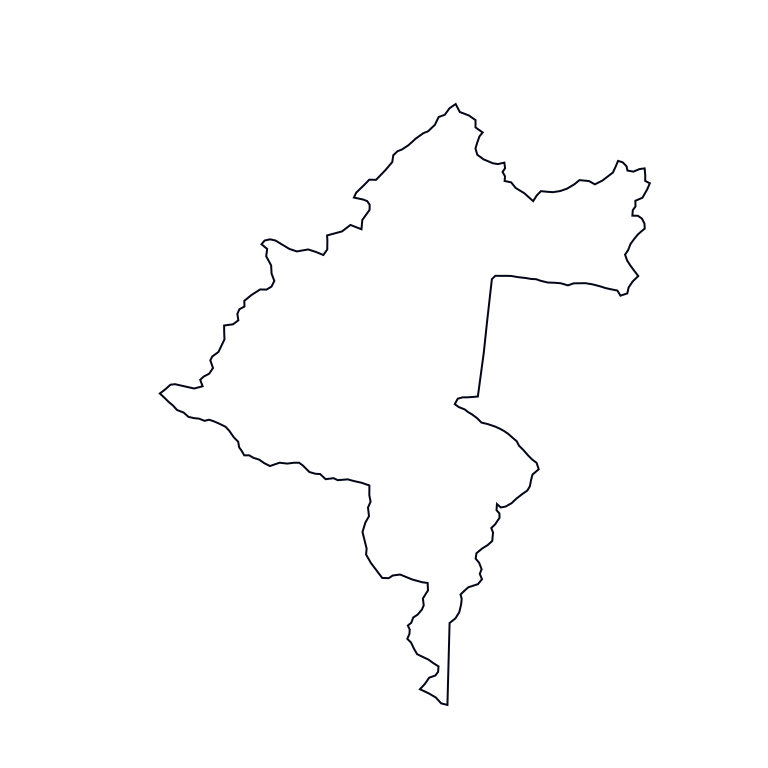 outline of Conceição, Paraíba, Brazil, rotated 17°
{"feature_id": "56859067B61487364475806", "entity_name": "Conceição", "entity_type": "district", "adm_level": 2, "iso_a3": "BRA", "parent_name": "Brazil", "parent_adm1": "Paraíba", "projection": "orthographic", "projection_center": [-38.514, -7.528], "detail": "fine", "context": "isolated", "style": "outline", "palette": "ink", "viewbox_px": 768, "rotation_deg": 17, "n_neighbors": 0, "source": "geoboundaries", "source_scale": "gbopen_adm2", "svg_char_len": 3836}
<svg xmlns="http://www.w3.org/2000/svg" viewBox="0 0 768 768"><g transform="rotate(17 384 384)"><path d="M172.4,458.6L179.0,461.8L183.1,464.0L188.5,466.3L193.8,469.4L200.8,469.9L206.6,472.6L212.2,472.2L217.3,471.2L223.1,471.7L227.2,469.3L231.7,469.4L237.3,470.0L244.9,471.2L249.6,473.9L256.1,479.0L261.4,481.8L264.0,486.9L267.5,489.6L271.2,493.1L275.9,491.6L280.8,492.8L286.6,492.8L292.6,494.7L298.9,495.8L307.2,489.8L314.7,488.4L321.0,485.6L325.8,484.1L330.3,485.7L338.4,490.0L344.6,489.9L349.3,488.8L356.0,492.1L363.3,488.8L367.9,489.5L377.2,485.8L383.7,485.6L391.3,485.0L399.7,485.3L402.5,494.7L405.6,500.5L404.8,506.8L408.3,514.8L406.7,521.9L406.7,531.8L415.5,546.5L416.7,552.3L423.7,558.9L439.0,570.0L445.3,568.3L448.3,564.6L455.1,561.5L468.3,562.7L478.6,562.4L483.9,561.5L486.4,568.5L483.9,577.7L486.7,584.0L486.2,588.7L483.6,594.7L480.2,598.8L479.9,604.4L477.4,608.0L480.4,611.3L481.4,615.5L480.8,620.9L485.5,623.4L490.0,628.3L494.6,632.7L501.8,633.8L506.9,634.5L513.1,636.6L518.7,638.1L519.9,643.5L518.3,647.8L513.1,651.6L510.8,658.8L507.6,665.4L517.4,666.8L525.3,668.7L532.0,672.7L538.5,672.4L516.6,593.4L520.8,587.3L522.7,580.3L522.2,572.1L521.1,566.7L518.7,562.9L521.5,558.0L524.1,553.7L532.4,547.9L534.8,542.0L531.1,537.6L531.5,532.6L527.3,527.2L522.7,524.2L521.9,518.8L526.2,512.3L530.1,507.9L533.4,502.5L531.7,494.1L528.7,490.4L531.3,485.7L533.6,478.2L532.2,474.0L528.5,471.8L527.1,465.8L531.8,467.9L536.2,465.6L540.9,460.6L544.3,454.6L548.8,448.3L552.2,444.0L553.4,439.1L552.7,432.6L552.5,427.2L556.9,420.3L552.9,414.7L548.0,413.0L542.9,410.3L536.4,406.3L531.1,403.5L527.6,399.9L522.7,397.8L517.2,395.3L512.3,393.8L508.0,392.9L502.5,392.2L494.8,392.0L488.5,392.4L482.9,389.4L476.9,387.3L472.7,386.3L468.6,384.7L462.3,384.2L457.6,382.6L458.8,376.5L463.2,373.7L467.8,372.3L472.8,370.4L477.4,368.5L470.2,324.5L464.6,295.6L456.5,252.2L458.8,248.0L464.2,246.4L469.0,244.9L474.0,243.5L481.1,242.6L488.6,241.2L494.2,240.5L498.8,239.3L503.4,239.5L510.8,239.1L517.2,237.4L523.4,236.0L531.1,235.9L535.9,232.3L541.8,230.4L547.2,228.7L553.6,227.8L562.0,227.4L567.6,227.5L572.7,227.1L579.9,226.4L584.3,230.4L590.2,226.2L589.7,220.1L591.8,213.3L595.6,206.4L590.1,202.5L585.1,198.8L580.4,194.8L576.7,189.8L578.3,184.7L578.8,178.1L580.9,172.0L583.0,166.9L585.3,163.1L587.9,159.1L586.1,154.3L582.3,150.4L577.6,148.9L572.3,150.4L571.1,145.0L572.6,140.7L570.8,135.3L576.7,130.3L578.8,120.9L579.5,114.3L574.4,113.4L572.9,108.2L570.2,101.6L565.6,103.7L560.4,108.0L554.4,108.7L552.3,104.9L547.4,102.2L542.6,102.2L542.0,108.2L541.1,114.8L533.4,125.6L527.3,131.4L520.6,130.0L511.3,131.9L507.7,137.3L501.9,143.7L496.0,148.0L489.6,151.1L484.6,152.3L477.7,153.7L474.9,159.1L473.2,165.5L462.3,160.5L452.5,158.0L446.7,154.0L440.0,154.6L439.0,150.0L435.4,146.5L436.7,142.3L434.4,137.1L428.6,140.4L423.4,141.1L419.1,140.6L413.6,140.1L406.2,137.5L402.6,132.0L402.6,125.8L402.9,119.3L404.8,114.6L396.5,111.9L394.4,104.9L386.7,102.4L376.9,101.7L370.7,95.3L366.0,101.2L363.4,108.8L358.2,112.7L356.9,121.2L352.3,129.4L348.3,132.6L342.5,140.2L337.7,148.3L332.5,154.6L329.0,157.3L326.0,162.4L327.0,169.4L322.7,179.3L316.7,191.1L310.2,192.9L307.2,198.8L301.5,209.1L300.7,214.5L309.8,213.7L314.4,214.0L317.9,216.8L319.3,221.7L315.3,233.5L317.2,242.6L313.0,242.3L305.4,241.7L299.3,250.3L286.1,258.6L287.7,262.7L290.4,271.9L288.3,278.4L280.3,277.6L272.1,277.5L261.9,282.7L254.0,282.5L238.1,278.5L232.6,279.0L227.9,281.7L226.0,286.2L232.8,289.0L234.0,296.3L241.4,303.6L244.2,311.3L249.0,317.5L247.9,323.8L244.0,328.1L237.9,329.8L231.2,337.7L226.1,345.3L227.9,350.7L223.8,354.9L223.3,359.9L226.1,365.7L222.1,371.1L214.0,374.8L216.1,381.4L218.4,388.0L216.3,401.8L211.7,407.9L211.0,412.2L215.8,418.7L213.8,425.3L209.4,429.6L207.0,433.7L211.2,439.2L203.8,443.8L184.2,445.3L180.0,447.1L176.2,453.4L172.4,458.6Z" fill="none" stroke="#020617" stroke-width="2"/></g></svg>